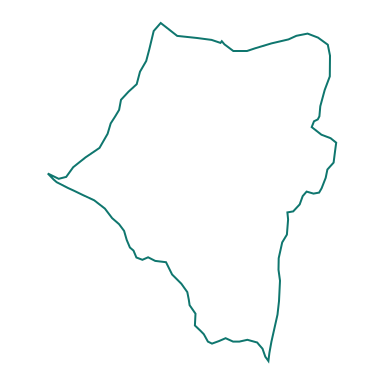 the district of Acheleia, Paphos, Cyprus
{"feature_id": "46923920B16437409415047", "entity_name": "Acheleia", "entity_type": "district", "adm_level": 2, "iso_a3": "CYP", "parent_name": "Cyprus", "parent_adm1": "Paphos", "projection": "equal_earth", "projection_center": [32.481, 34.728], "detail": "fine", "context": "isolated", "style": "outline", "palette": "teal", "viewbox_px": 384, "rotation_deg": 0, "n_neighbors": 0, "source": "geoboundaries", "source_scale": "gbopen_adm2", "svg_char_len": 1395}
<svg xmlns="http://www.w3.org/2000/svg" viewBox="0 0 384 384"><path d="M47.8,173.5L53.6,179.5L56.7,182.2L67.8,187.9L73.7,190.6L83.0,195.1L94.2,200.3L104.9,208.6L112.1,218.1L119.1,224.2L124.1,230.9L126.7,239.9L129.9,247.5L133.5,250.6L136.4,257.5L142.4,259.8L148.1,257.3L155.2,260.9L166.0,262.2L172.1,274.5L181.4,283.8L187.3,292.1L188.8,299.7L189.6,305.2L195.5,313.7L194.9,325.5L200.6,330.9L203.8,334.2L207.9,341.6L212.0,343.6L218.9,341.1L225.6,338.2L233.1,341.6L239.3,341.6L247.4,339.8L257.2,342.5L259.0,344.7L262.5,348.7L265.3,356.7L268.4,361.0L268.7,358.5L269.4,352.9L271.4,341.8L277.5,314.6L279.0,301.2L279.4,293.0L280.0,280.7L278.5,269.8L278.7,258.2L282.2,242.4L286.9,234.6L288.1,219.5L287.4,212.4L293.2,211.4L299.7,204.4L302.7,196.1L306.6,191.6L313.5,193.6L319.1,192.6L321.6,188.3L325.7,177.8L327.4,169.5L333.6,162.6L335.1,150.8L336.2,142.7L330.6,138.2L321.4,134.7L311.7,127.1L314.0,121.3L317.8,119.4L319.4,116.3L320.3,106.2L324.7,90.0L329.8,76.4L330.0,55.7L328.3,47.2L327.8,44.7L318.0,37.6L307.6,33.6L296.4,35.8L288.5,39.4L271.4,43.4L255.1,48.3L247.0,51.0L233.3,51.0L224.4,44.3L221.8,41.2L220.5,42.9L211.6,39.9L197.1,38.0L177.2,35.9L160.7,23.0L153.7,31.0L149.3,49.3L146.2,61.0L140.0,71.7L136.7,84.2L128.6,91.6L121.0,99.8L119.1,109.9L115.2,116.4L110.7,123.4L107.6,133.8L99.5,147.9L85.5,157.4L73.2,167.2L66.2,176.9L58.7,178.8L47.8,173.5Z" fill="none" stroke="#0f766e" stroke-width="2"/></svg>